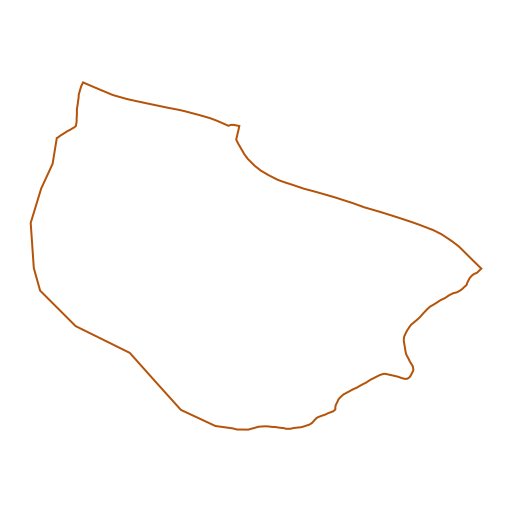 Delaide, Dennery, Saint Lucia (Albers equal-area conic projection)
{"feature_id": "8701671B46031998027021", "entity_name": "Delaide", "entity_type": "district", "adm_level": 2, "iso_a3": "LCA", "parent_name": "Saint Lucia", "parent_adm1": "Dennery", "projection": "albers", "projection_center": [-60.905, 13.93], "detail": "fine", "context": "isolated", "style": "outline", "palette": "amber", "viewbox_px": 512, "rotation_deg": 0, "n_neighbors": 0, "source": "geoboundaries", "source_scale": "gbopen_adm2", "svg_char_len": 2450}
<svg xmlns="http://www.w3.org/2000/svg" viewBox="0 0 512 512"><path d="M83.1,82.4L81.2,86.2L79.9,90.5L78.7,94.9L78.6,97.7L78.2,100.2L77.8,103.6L77.3,106.6L76.9,109.2L76.9,112.1L76.9,114.0L76.8,116.3L76.6,118.5L76.7,120.4L76.4,123.0L75.8,126.0L74.2,127.4L72.2,128.5L70.3,129.7L67.3,131.2L63.8,133.5L60.5,135.5L57.6,137.7L56.8,138.0L52.6,163.8L41.2,188.5L30.7,222.9L33.8,268.0L40.1,290.6L75.6,326.1L129.8,352.9L153.8,379.8L180.9,409.9L215.4,426.0L232.2,428.3L233.4,428.5L235.0,429.0L237.1,429.5L241.7,429.5L245.3,429.6L248.4,429.6L251.1,428.8L254.6,427.9L258.2,426.8L262.9,426.4L265.7,426.3L269.0,426.5L271.8,426.9L275.3,427.0L279.5,427.7L283.7,428.1L286.1,428.8L290.2,428.8L293.8,428.0L297.2,427.6L300.7,427.3L303.3,426.6L306.1,425.7L309.7,424.5L312.3,422.7L314.6,420.0L316.7,417.9L318.2,417.1L321.9,415.7L325.0,414.7L328.1,413.2L330.0,412.5L333.2,411.3L335.3,409.5L335.3,407.9L335.5,406.2L335.9,404.8L337.3,402.0L338.5,399.3L340.7,396.9L343.4,394.5L346.2,393.0L349.0,391.5L353.6,389.0L356.5,387.8L360.3,385.6L363.8,383.7L365.6,382.9L369.0,380.7L371.6,379.1L373.8,378.1L376.1,376.9L378.5,375.7L380.7,374.7L384.0,373.8L386.1,374.0L390.1,374.9L393.3,375.6L398.3,376.8L401.8,378.1L405.0,378.9L407.4,378.7L409.6,377.2L410.6,375.7L411.9,373.3L413.2,370.6L413.3,369.1L412.7,366.1L411.3,363.9L409.7,361.2L408.2,358.1L406.9,355.8L406.1,353.9L405.2,349.7L404.8,346.9L403.8,341.2L403.8,339.3L404.2,336.5L405.6,333.5L406.7,331.2L409.2,327.3L411.0,324.8L414.4,322.0L417.6,319.3L419.7,317.4L422.7,314.0L423.6,313.0L427.1,309.3L429.8,306.8L433.6,304.6L436.5,302.8L440.6,300.1L443.0,299.0L444.9,298.1L449.5,295.0L453.5,293.1L456.7,292.4L459.7,290.8L462.1,289.1L464.4,286.9L466.5,285.1L467.3,282.7L468.3,280.7L469.7,278.0L472.1,275.4L473.9,274.1L477.1,272.7L481.3,268.6L473.8,261.3L458.9,246.5L452.5,241.6L441.6,234.3L433.2,230.1L418.3,224.4L411.8,222.1L407.0,220.5L400.4,218.3L382.4,212.6L370.2,209.0L364.2,207.3L353.0,203.2L342.1,199.7L336.0,197.7L315.6,191.8L303.9,188.7L292.1,184.7L284.0,182.1L277.7,179.8L268.8,175.3L260.8,170.6L254.7,165.8L247.9,159.0L244.4,154.3L238.3,143.8L236.2,139.6L238.4,130.3L239.3,126.0L233.8,124.9L230.7,124.9L228.5,125.8L221.0,122.5L216.3,120.5L209.9,118.1L199.5,115.1L184.7,111.2L180.5,110.2L175.5,109.2L168.1,107.8L151.8,104.4L148.5,103.7L145.1,103.0L129.8,99.7L126.1,98.8L113.8,95.3L111.5,94.5L103.0,90.9L100.5,89.9L98.2,88.9L96.8,88.3L90.4,85.6L88.1,84.6L84.9,83.2L83.1,82.4Z" fill="none" stroke="#b45309" stroke-width="2"/></svg>